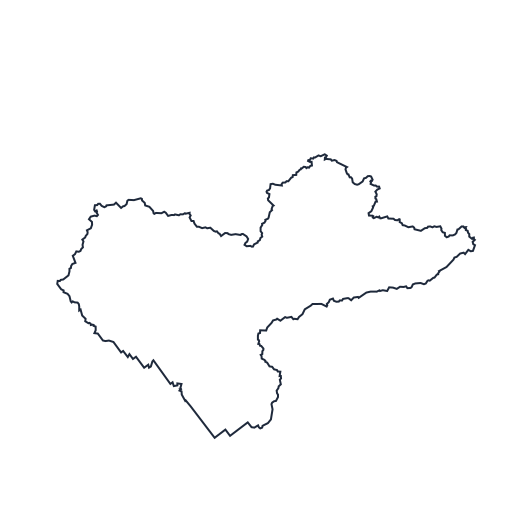 Southern Downs, Queensland, Australia, rotated 225°
{"feature_id": "25037944B10938266492584", "entity_name": "Southern Downs", "entity_type": "district", "adm_level": 2, "iso_a3": "AUS", "parent_name": "Australia", "parent_adm1": "Queensland", "projection": "mercator", "projection_center": [152.017, -28.502], "detail": "fine", "context": "isolated", "style": "outline", "palette": "slate", "viewbox_px": 512, "rotation_deg": 225, "n_neighbors": 0, "source": "geoboundaries", "source_scale": "gbopen_adm2", "svg_char_len": 6123}
<svg xmlns="http://www.w3.org/2000/svg" viewBox="0 0 512 512"><g transform="rotate(225 256 256)"><path d="M404.5,181.3L404.3,179.7L405.8,178.0L403.1,174.2L401.5,173.8L400.9,175.5L399.7,174.9L399.8,174.0L396.8,173.3L396.7,171.6L398.7,170.4L400.7,167.0L400.1,163.9L396.1,164.1L394.0,162.2L392.4,158.8L393.7,154.6L392.0,153.9L390.8,152.4L390.6,149.8L389.9,148.3L390.4,144.8L388.3,144.3L386.6,141.3L384.5,139.7L384.5,137.3L383.7,135.5L384.3,133.7L386.3,132.2L385.3,129.3L385.7,126.6L378.8,123.5L380.2,120.5L379.7,118.3L378.4,116.6L378.9,115.1L377.0,113.2L374.9,109.7L375.7,103.1L377.2,101.0L377.0,99.6L378.6,98.2L376.8,95.7L370.2,94.7L367.7,95.6L366.5,94.3L362.5,96.0L359.5,95.7L354.9,92.9L353.5,92.8L353.5,94.3L351.6,94.9L349.2,96.9L347.3,96.7L345.4,95.4L342.5,92.5L342.2,94.1L336.8,91.0L332.1,91.1L330.6,89.1L326.9,90.0L326.5,90.9L325.1,91.2L324.0,90.4L322.9,92.0L321.9,92.4L321.4,91.8L319.5,92.7L316.9,90.2L315.7,87.2L313.0,89.3L304.5,88.0L302.3,89.4L300.2,92.2L296.0,94.4L283.2,92.4L282.8,94.9L275.2,93.9L276.1,97.1L270.2,96.2L269.6,99.9L256.1,97.9L255.3,102.9L252.7,101.4L252.2,103.5L254.7,108.2L254.8,109.7L226.1,105.0L225.7,107.7L222.1,105.9L220.1,108.9L221.5,110.3L218.2,112.8L216.2,109.3L215.2,109.0L215.5,108.3L214.8,108.4L214.8,106.8L212.9,107.6L210.5,105.5L203.6,103.5L203.6,104.2L196.1,103.5L156.7,98.2L154.9,111.6L147.2,110.5L144.2,132.5L138.1,131.8L135.8,133.5L134.8,137.7L132.9,136.9L131.1,137.1L130.3,139.0L131.3,140.6L129.4,146.3L129.9,151.0L135.9,159.3L140.3,162.2L140.9,163.7L140.5,166.1L139.4,167.6L140.7,171.8L142.4,173.5L144.0,173.8L146.2,175.4L146.7,178.3L147.8,179.9L147.7,182.8L151.7,185.4L151.7,187.1L153.6,188.7L154.4,187.8L157.0,191.4L159.0,189.7L160.5,190.2L163.1,188.6L166.2,189.1L168.4,187.5L172.7,188.5L174.7,187.8L175.2,188.5L176.6,188.5L179.4,187.5L181.4,189.2L182.7,189.4L182.2,191.1L184.2,193.2L184.4,194.8L185.3,195.8L188.7,196.1L189.7,195.4L191.3,196.2L192.2,195.5L193.5,198.0L194.5,198.5L195.5,198.2L198.3,201.0L199.5,202.9L198.7,204.4L200.5,206.4L196.1,210.5L197.5,213.4L197.7,219.7L198.4,222.5L196.7,225.5L196.7,226.6L193.0,227.5L192.2,233.4L190.5,234.1L187.9,238.0L184.9,237.7L184.4,238.8L181.9,240.7L182.5,243.3L182.0,247.7L183.8,252.8L182.2,259.5L182.1,262.0L175.8,268.4L170.3,270.2L170.7,271.5L172.0,272.2L171.9,274.8L172.9,277.3L171.5,280.3L169.3,279.4L166.8,280.5L165.2,282.3L165.4,283.8L163.7,285.3L164.1,287.2L161.6,290.8L160.7,291.6L157.4,292.0L157.5,295.8L154.9,299.2L153.8,299.0L152.1,308.2L149.7,312.0L145.4,316.2L144.4,319.0L143.6,318.9L142.1,321.5L138.5,324.0L139.7,328.0L136.8,330.5L133.2,332.3L132.4,336.1L129.7,338.5L128.4,340.7L126.2,340.3L124.1,342.7L124.0,344.2L125.0,346.8L123.9,349.3L120.5,353.3L117.3,354.8L116.5,356.6L117.2,359.8L116.8,360.8L115.7,361.4L115.2,366.0L114.5,366.9L115.0,370.7L114.3,371.9L114.9,372.4L115.3,374.7L115.9,374.8L113.5,382.9L113.8,393.1L114.6,395.2L113.5,397.3L113.4,402.1L111.5,405.2L109.5,405.2L110.2,410.5L107.5,411.2L106.2,413.0L108.8,418.5L110.7,418.0L112.8,419.2L112.7,422.1L113.9,422.0L115.0,423.1L115.5,422.4L115.3,420.9L118.9,420.5L120.7,422.3L122.5,422.4L124.2,423.5L125.9,422.7L126.7,423.7L127.6,423.4L128.0,424.8L129.4,423.2L130.3,423.5L131.5,422.3L131.7,418.0L132.3,417.2L130.6,414.0L130.5,412.0L131.4,409.7L133.7,407.5L133.5,406.0L134.4,404.1L136.7,403.9L138.8,405.9L140.8,404.8L143.3,405.3L144.2,406.5L146.7,407.3L148.9,404.2L150.9,403.1L151.5,401.1L153.7,400.1L155.1,398.4L154.8,397.0L156.3,395.0L157.2,390.4L162.8,387.0L164.2,387.9L166.1,387.7L168.6,384.1L172.5,382.7L174.1,381.5L176.0,382.3L178.4,381.6L180.3,383.5L180.8,383.3L181.3,381.2L183.2,379.7L185.1,379.6L188.9,376.1L191.2,376.8L194.2,371.1L194.8,370.5L196.7,371.0L196.7,369.8L198.4,369.1L199.5,366.0L200.7,365.8L201.3,367.1L202.1,366.9L204.7,364.5L206.7,365.9L206.1,369.2L207.5,373.1L208.6,373.7L208.2,374.8L209.9,379.0L209.0,380.0L211.1,381.2L212.2,381.1L213.5,382.3L213.1,383.4L214.3,385.0L217.1,385.9L217.2,388.8L216.3,391.2L218.0,392.1L219.5,390.6L221.2,390.5L222.3,389.3L225.9,388.0L226.8,389.4L227.9,389.6L228.0,390.6L227.1,391.2L227.5,392.4L230.8,393.6L232.1,393.0L233.4,391.5L233.5,389.0L234.5,387.3L233.3,384.1L234.1,379.4L234.9,377.9L237.1,376.7L239.7,376.5L242.8,378.7L244.6,378.8L245.4,377.9L248.4,379.1L249.1,378.5L250.4,378.8L253.9,380.5L254.8,381.9L254.6,383.2L265.0,379.6L266.3,380.2L268.3,379.4L269.8,377.0L271.5,377.2L275.2,374.1L275.6,372.9L276.9,374.4L276.4,375.5L276.9,377.0L279.3,376.5L280.8,372.3L282.9,371.3L283.9,367.4L284.8,366.6L284.4,365.4L286.4,363.8L285.8,362.0L286.8,360.8L286.4,360.0L284.3,360.7L283.3,361.9L280.4,359.5L281.3,358.1L281.0,355.9L282.1,355.5L282.5,353.8L283.8,354.0L285.3,352.9L285.5,350.5L286.1,349.8L285.6,349.0L286.1,347.7L285.8,345.6L286.5,343.7L284.9,341.8L287.1,339.2L285.9,337.7L286.5,336.3L286.0,331.7L287.3,330.5L287.2,328.8L289.0,326.7L288.6,324.7L287.6,324.1L292.8,320.0L295.2,319.0L296.5,317.1L293.9,313.8L293.5,311.8L294.4,310.1L294.0,308.9L292.8,308.4L290.3,309.3L288.2,306.5L288.3,305.1L286.8,304.0L279.3,304.1L279.6,303.2L278.1,300.1L277.1,299.8L277.2,296.7L274.2,292.0L273.9,290.9L275.0,288.2L274.1,287.6L273.6,285.5L274.5,283.1L273.5,282.3L272.8,279.3L270.3,276.8L267.8,276.5L267.0,275.0L265.3,274.1L265.6,271.9L264.5,269.9L265.1,267.6L264.3,266.7L265.6,262.9L264.8,260.5L265.6,259.6L267.1,259.2L269.5,256.3L272.0,255.8L272.7,257.8L272.4,259.9L273.6,262.5L276.6,263.2L280.9,262.3L281.8,261.1L281.7,260.0L285.9,257.0L288.5,253.4L291.0,252.0L292.2,252.1L294.1,250.4L294.8,245.4L297.5,246.0L298.5,245.5L301.1,245.8L301.7,244.7L303.5,243.9L308.3,243.7L310.1,241.1L312.0,240.5L313.8,237.6L317.1,236.3L318.5,234.9L322.4,235.4L324.9,236.6L326.4,235.1L330.2,236.3L330.9,238.5L332.7,238.7L333.5,239.6L335.7,236.1L336.5,236.0L337.1,233.8L339.0,232.0L339.3,230.3L342.7,228.1L342.8,227.1L344.8,225.2L346.5,222.2L350.4,222.8L352.2,222.4L353.1,219.4L357.2,215.7L357.7,213.9L358.6,213.8L360.6,215.1L366.2,215.4L370.1,213.4L372.3,214.9L375.8,214.7L377.1,215.7L378.3,215.3L381.8,209.2L385.8,205.6L386.0,204.1L384.2,201.2L384.3,198.3L385.1,197.3L385.4,194.6L392.7,194.7L392.8,191.9L397.5,186.1L397.1,185.2L397.7,183.3L400.6,182.3L403.3,182.6L404.5,181.3Z" fill="none" stroke="#1e293b" stroke-width="2"/></g></svg>